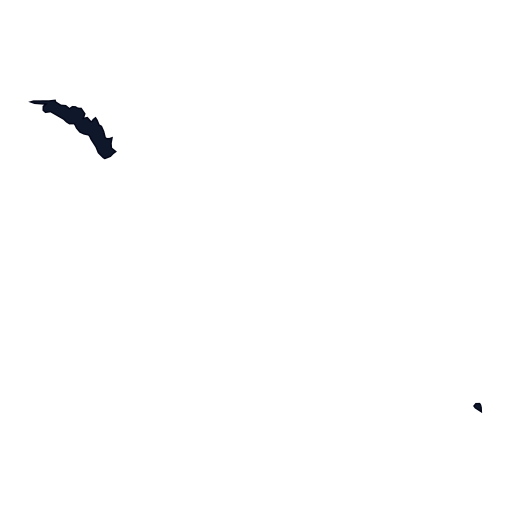 SVG path tracing the border of South Georgia and the Islands
{"feature_id": "SGS", "entity_name": "South Georgia and the Islands", "entity_type": "country or territory", "adm_level": 0, "iso_a3": "SGS", "parent_name": "Seven seas (open ocean)", "parent_adm1": "", "projection": "mercator", "projection_center": [-35.407, -56.238], "detail": "fine", "context": "isolated", "style": "filled", "palette": "ink", "viewbox_px": 512, "rotation_deg": 0, "n_neighbors": 0, "source": "natural_earth", "source_scale": "50m", "svg_char_len": 847}
<svg xmlns="http://www.w3.org/2000/svg" viewBox="0 0 512 512"><path d="M65.7,105.7L69.5,108.8L72.4,106.7L75.5,106.9L77.2,108.0L78.9,108.4L81.1,108.4L84.8,113.8L83.2,118.5L87.3,117.6L90.8,121.6L92.4,121.2L93.2,119.6L95.5,117.8L97.1,120.3L99.0,125.0L101.4,126.4L103.6,131.4L105.2,137.8L106.8,138.7L109.4,138.7L112.0,137.8L111.0,143.3L111.4,148.1L115.7,151.6L113.1,153.5L110.4,156.3L104.8,158.5L103.3,157.6L98.4,152.7L96.1,147.0L90.9,138.9L89.9,136.5L88.6,134.9L84.0,133.9L79.9,132.0L76.5,127.9L75.4,125.4L74.1,123.6L69.5,123.7L66.5,121.8L63.7,119.1L50.6,111.6L45.5,112.3L43.2,110.2L43.3,106.4L46.0,104.1L34.7,103.3L30.7,101.9L33.5,101.1L49.2,101.0L55.1,100.3L55.6,102.0L60.8,105.3L65.7,105.7ZM481.1,407.5L481.3,411.7L475.3,407.8L474.0,406.0L475.9,403.7L479.6,403.6L480.5,405.0L481.1,407.5Z" fill="#0f172a" stroke="#020617" stroke-width="1.5"/></svg>